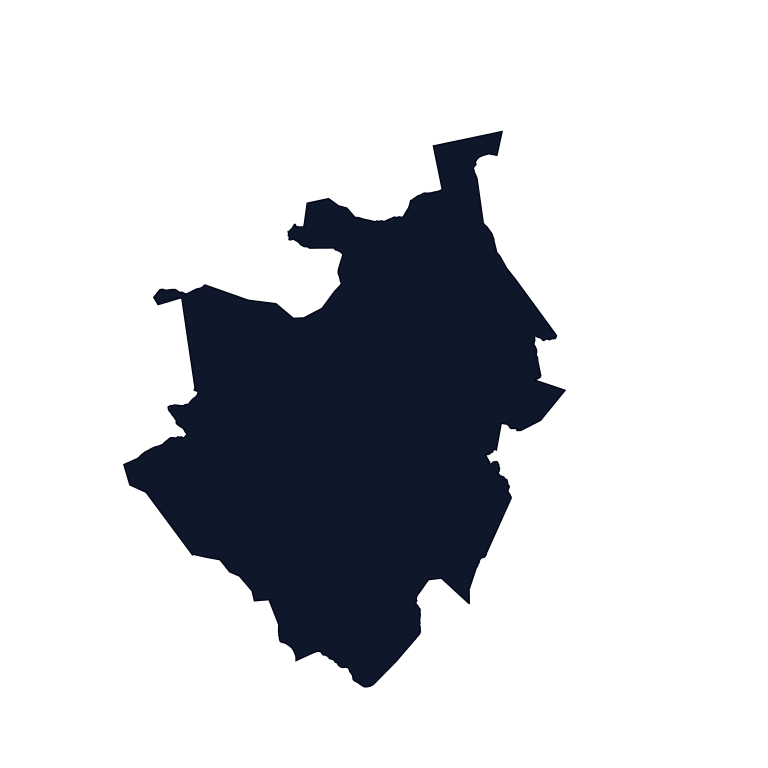 outline of Distrito Central, Francisco Morazán, Honduras, rotated 228°
{"feature_id": "27666195B1179860840093", "entity_name": "Distrito Central", "entity_type": "district", "adm_level": 2, "iso_a3": "HND", "parent_name": "Honduras", "parent_adm1": "Francisco Morazán", "projection": "robinson", "projection_center": [-87.243, 14.133], "detail": "fine", "context": "isolated", "style": "filled", "palette": "ink", "viewbox_px": 768, "rotation_deg": 228, "n_neighbors": 0, "source": "geoboundaries", "source_scale": "gbopen_adm2", "svg_char_len": 6159}
<svg xmlns="http://www.w3.org/2000/svg" viewBox="0 0 768 768"><g transform="rotate(228 384 384)"><path d="M164.0,300.6L174.4,309.7L185.9,329.9L185.9,330.6L186.2,331.8L186.7,332.2L187.8,335.2L189.0,336.7L189.4,338.0L189.7,339.4L189.4,340.5L188.4,342.4L188.3,343.1L188.4,344.7L190.0,347.3L214.3,402.4L215.1,402.8L216.2,403.0L217.7,403.6L220.0,403.8L221.1,404.2L222.3,405.1L223.6,408.0L223.9,408.4L224.7,408.7L225.6,408.6L226.2,408.7L230.4,411.1L230.9,411.1L232.8,410.3L233.6,410.4L234.3,410.7L234.9,410.7L238.0,408.8L241.3,409.1L241.9,409.7L242.4,411.5L243.7,412.8L244.3,413.7L244.7,413.7L245.1,413.4L245.5,413.4L246.9,415.1L248.7,415.5L249.8,416.0L250.4,416.0L250.8,415.8L251.0,415.3L251.6,414.9L252.7,413.2L252.9,412.6L252.8,411.2L252.8,410.3L253.3,409.4L253.8,409.0L254.2,409.2L255.4,410.2L257.2,410.4L258.2,410.7L260.3,411.1L263.1,412.1L263.6,412.6L263.5,413.1L262.8,413.4L262.1,414.1L261.4,415.9L261.5,416.5L261.3,418.2L260.9,419.1L261.7,420.7L261.8,421.4L261.7,422.0L261.3,422.7L259.8,423.3L275.8,444.0L276.0,444.6L275.9,445.1L275.6,446.0L274.8,446.2L274.0,446.7L272.9,447.9L270.5,448.9L269.7,449.0L267.8,448.6L266.1,448.5L265.5,449.4L264.5,450.2L263.6,451.5L262.7,452.3L261.9,452.4L260.3,451.9L257.9,454.8L252.3,476.1L258.2,514.3L286.0,498.5L284.6,504.3L285.3,506.0L299.2,514.2L300.3,515.4L301.6,516.0L303.3,516.0L306.1,519.2L307.2,520.1L310.4,521.3L312.3,521.5L313.1,521.9L313.9,522.6L314.8,524.0L315.7,524.1L315.7,524.3L315.4,525.0L317.1,526.4L318.7,527.8L318.3,529.0L316.1,529.6L314.0,531.1L311.8,531.4L310.1,531.4L309.7,531.6L309.3,532.4L309.1,534.2L309.0,534.7L308.5,535.2L306.3,536.5L305.3,539.0L303.4,541.5L303.5,542.8L304.7,544.6L373.6,551.6L388.0,552.5L400.9,555.5L403.5,555.8L406.1,555.7L416.4,561.2L418.5,562.7L419.3,563.0L420.1,563.1L421.7,564.0L424.4,564.8L432.1,565.6L434.5,565.2L435.6,565.4L436.7,565.1L437.3,565.1L437.6,565.7L474.7,590.7L478.0,591.9L480.9,592.8L482.0,593.4L482.8,594.0L483.9,594.2L484.8,594.9L485.3,596.3L485.6,599.1L485.9,599.4L487.5,600.0L487.9,600.5L488.9,603.6L489.0,605.8L488.9,607.0L487.3,611.5L486.0,613.9L484.9,616.1L484.4,616.6L482.9,617.4L481.4,618.9L479.1,620.4L478.5,621.0L492.6,640.6L527.8,580.0L489.7,557.6L489.8,556.5L490.1,555.1L491.0,552.8L491.8,551.7L494.8,546.3L497.1,543.4L498.5,542.1L499.2,541.2L500.1,537.1L500.7,536.1L501.2,534.5L501.4,531.9L501.9,529.8L501.6,528.4L502.5,526.6L501.6,525.3L500.4,523.7L498.6,520.6L497.7,518.1L497.1,515.4L495.6,511.5L495.6,508.7L495.9,508.4L497.8,507.4L499.3,504.6L501.2,503.3L501.9,500.6L503.2,497.3L504.3,493.4L505.8,491.7L506.7,491.5L506.9,491.3L508.1,489.1L509.5,487.6L509.8,487.8L510.4,486.2L511.4,485.2L515.3,482.6L519.8,479.2L522.8,477.5L524.4,476.5L526.0,475.1L527.0,473.9L539.7,474.0L546.7,469.4L558.8,466.8L569.7,447.9L556.1,431.8L554.8,429.7L554.7,429.1L554.9,428.6L555.8,428.0L557.4,425.8L559.2,424.8L560.1,423.6L560.5,423.5L560.9,423.6L561.1,424.2L561.7,424.8L562.2,424.7L562.4,424.1L561.7,421.6L560.9,419.4L561.2,417.8L560.6,415.8L560.9,415.2L561.3,414.8L560.5,414.3L559.4,413.8L558.7,412.6L558.0,412.1L556.8,412.3L556.5,412.2L555.2,410.3L554.9,410.1L554.5,410.2L554.1,410.5L553.6,411.4L553.0,412.1L552.5,413.5L551.9,414.0L551.1,414.2L550.2,414.2L548.4,415.0L547.4,415.3L545.5,415.4L542.7,415.4L542.0,415.9L540.3,416.3L538.7,417.4L537.3,419.0L535.3,419.5L534.7,419.8L518.4,438.1L517.8,437.7L516.2,437.8L514.2,439.0L510.9,440.2L509.2,440.3L507.6,440.1L499.7,427.0L497.8,424.8L496.0,423.6L494.5,423.3L492.8,422.3L490.9,421.4L489.5,420.4L487.4,419.9L486.8,418.8L486.4,416.6L485.8,409.1L481.6,388.7L486.7,368.7L493.4,360.5L515.8,357.4L537.1,339.1L577.3,317.2L577.6,316.5L577.3,315.3L577.7,312.4L578.7,310.3L579.7,308.8L580.2,307.6L580.5,306.0L581.2,304.2L581.5,302.6L582.9,297.6L583.5,297.0L584.4,296.4L586.0,295.7L587.2,295.5L588.4,293.7L589.0,293.3L592.5,292.5L594.1,291.8L596.7,288.8L599.0,285.2L600.2,284.1L602.4,282.9L604.0,280.6L602.4,270.9L594.2,269.3L583.6,291.6L507.3,240.8L507.0,239.8L506.5,239.0L506.0,239.0L504.2,240.2L503.4,240.6L502.5,240.6L502.0,240.1L500.9,238.2L500.5,236.6L500.4,233.8L500.7,232.7L500.7,231.5L500.4,228.3L500.0,226.6L499.7,225.7L499.7,225.1L501.1,223.4L501.7,222.1L501.9,220.8L502.9,219.3L508.6,214.3L509.3,212.4L510.5,211.1L511.1,209.6L511.3,208.2L509.5,207.0L507.9,206.4L505.1,206.4L502.4,205.9L500.5,206.0L497.6,205.4L496.1,205.4L495.6,205.1L494.4,203.8L493.4,203.3L489.5,203.9L485.8,205.1L484.1,205.0L480.9,204.2L478.5,204.3L478.2,203.8L478.1,201.9L477.8,199.9L477.9,199.2L478.2,198.8L478.9,198.4L480.3,198.0L480.6,197.7L480.6,197.0L480.9,196.5L482.5,195.6L482.8,194.8L482.7,193.8L482.9,193.2L485.9,190.7L487.0,189.0L487.1,185.0L487.4,183.2L487.0,181.6L487.4,181.3L487.4,180.9L487.0,180.1L487.3,178.6L488.4,175.4L490.5,171.3L491.6,167.7L492.6,163.1L493.2,161.6L493.6,156.3L493.4,152.4L493.5,150.9L498.1,136.8L479.1,127.7L462.8,134.8L385.2,127.4L385.0,128.4L373.8,136.4L363.2,144.6L347.6,143.7L338.0,148.1L318.5,147.6L309.6,142.7L300.7,154.3L275.5,144.8L270.0,139.5L269.4,139.5L267.8,137.9L266.8,137.3L266.2,137.1L264.0,135.5L262.2,134.8L261.8,134.8L261.1,135.0L259.0,136.3L258.1,137.0L257.3,137.4L252.6,138.6L250.9,138.9L249.6,139.0L246.1,138.5L241.5,136.8L240.2,136.1L238.8,135.0L237.3,133.6L231.5,152.3L230.8,153.7L230.0,155.8L227.8,157.7L227.2,157.9L224.1,157.6L223.2,157.6L222.5,158.8L221.3,159.1L220.1,160.0L219.3,159.8L218.7,160.4L218.2,160.5L217.8,160.4L217.2,159.9L216.4,159.9L216.0,160.1L215.5,160.7L215.1,160.9L214.6,160.9L214.1,161.4L212.7,162.2L211.1,161.8L209.8,161.9L209.2,162.0L207.6,162.8L207.1,162.6L206.1,162.0L203.3,162.4L202.4,162.7L200.7,164.0L199.0,166.5L197.4,167.4L195.9,167.4L192.8,166.2L191.8,166.2L188.2,165.6L185.4,163.6L184.4,163.4L183.5,163.4L180.6,164.6L174.5,166.0L172.0,166.9L171.6,167.2L171.4,167.8L170.6,168.5L169.9,169.6L169.0,171.2L168.4,172.8L167.9,175.3L169.9,207.8L174.3,241.9L174.7,243.4L175.4,244.9L176.2,245.8L177.4,246.5L178.5,247.7L181.3,249.3L182.6,251.1L183.1,251.2L184.8,252.5L186.7,254.8L188.2,256.4L190.5,258.1L192.0,259.8L193.5,260.2L195.0,260.2L196.3,260.6L198.6,260.6L199.9,261.0L200.4,261.3L200.6,261.6L201.0,263.4L202.5,263.8L202.8,264.1L204.5,266.5L208.9,286.1L201.4,296.8L164.2,300.3L164.0,300.6Z" fill="#0f172a" stroke="#020617" stroke-width="1.5"/></g></svg>